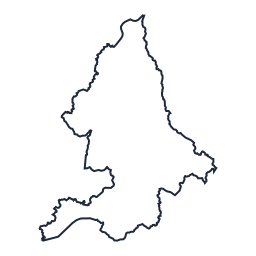 outline of Peixe, Tocantins, Brazil
{"feature_id": "56859067B6869942265755", "entity_name": "Peixe", "entity_type": "district", "adm_level": 2, "iso_a3": "BRA", "parent_name": "Brazil", "parent_adm1": "Tocantins", "projection": "albers", "projection_center": [-48.57, -11.931], "detail": "fine", "context": "isolated", "style": "outline", "palette": "slate", "viewbox_px": 256, "rotation_deg": 0, "n_neighbors": 0, "source": "geoboundaries", "source_scale": "gbopen_adm2", "svg_char_len": 5781}
<svg xmlns="http://www.w3.org/2000/svg" viewBox="0 0 256 256"><path d="M124.9,21.9L122.8,23.7L120.9,26.7L121.1,29.0L122.7,33.3L122.5,35.7L121.3,38.1L116.3,44.4L114.0,46.9L113.3,46.9L112.7,46.3L111.5,46.6L111.7,45.9L110.3,46.4L109.5,45.7L108.7,44.0L107.3,44.0L107.3,45.9L106.9,46.5L104.0,47.1L104.2,47.9L103.6,49.5L102.5,49.7L101.0,51.3L101.2,52.2L100.5,52.4L100.3,53.2L97.8,54.5L97.2,55.2L98.1,56.2L98.2,57.0L97.8,57.8L96.1,58.8L96.4,60.1L97.1,60.0L97.3,62.1L96.8,63.6L97.0,64.1L95.6,65.6L94.8,70.6L94.9,71.2L95.8,71.2L96.8,72.7L97.8,73.1L97.9,73.9L97.2,74.4L95.8,74.1L94.8,75.0L93.8,76.9L93.9,78.3L94.5,78.8L92.6,79.9L93.0,81.4L92.6,82.0L90.0,83.2L89.7,84.8L90.2,85.3L90.3,86.5L89.9,87.3L88.6,88.0L88.8,89.1L88.2,89.3L87.3,90.8L86.6,90.9L85.5,90.2L83.3,89.5L78.6,91.1L78.0,92.6L76.7,93.2L77.1,93.7L76.8,95.3L75.2,96.5L73.9,96.4L72.5,98.7L72.5,102.6L73.2,103.0L73.6,104.3L73.3,105.2L72.7,105.8L73.4,107.3L73.1,108.2L73.7,108.8L73.2,109.2L71.7,109.5L71.6,110.4L72.1,111.3L71.4,112.3L71.4,113.1L69.6,113.1L68.9,112.2L68.3,112.0L68.1,112.6L67.4,112.8L67.1,112.1L65.9,112.3L65.4,112.0L61.9,115.7L61.8,116.5L61.8,117.3L63.6,118.0L64.4,121.0L65.8,121.8L69.2,127.2L70.8,128.5L72.4,128.8L74.2,132.2L74.5,134.1L77.1,134.5L78.1,135.7L80.0,136.5L82.4,135.7L85.1,135.6L86.8,134.5L87.5,133.2L88.9,132.3L89.6,130.8L90.5,130.4L91.2,130.6L89.8,135.3L88.0,136.5L87.4,137.6L88.8,140.0L89.0,141.5L88.6,144.2L87.7,145.6L87.9,147.0L87.6,148.9L86.5,152.0L87.1,153.5L87.0,154.5L86.6,155.1L85.9,155.2L84.7,168.5L87.5,168.2L89.5,167.2L90.1,167.4L91.6,169.5L94.0,171.1L98.2,170.1L99.0,170.0L101.0,170.8L104.0,170.2L106.4,168.2L106.4,167.5L107.1,167.0L108.9,169.3L110.9,170.0L110.3,172.2L110.9,175.0L111.9,175.7L112.6,175.7L113.7,177.0L112.1,180.3L114.0,184.1L113.6,185.7L111.0,187.9L107.0,187.9L105.5,187.6L103.5,188.7L103.0,189.7L102.9,191.4L102.6,191.9L96.7,197.0L95.8,196.9L94.5,196.0L93.1,196.0L92.7,196.6L91.5,197.1L90.1,199.0L90.1,200.5L90.8,202.1L90.5,203.0L88.8,203.7L88.4,204.2L88.6,205.0L87.6,205.3L83.2,204.5L83.0,204.0L84.6,202.1L84.2,201.0L83.5,201.2L83.3,202.1L82.3,202.9L80.8,203.4L80.5,202.6L76.8,201.9L75.7,199.3L75.1,199.0L74.5,199.3L73.6,200.5L72.7,199.2L72.0,199.3L69.5,197.8L68.8,197.8L68.6,198.7L66.3,200.3L64.5,199.0L62.8,199.7L61.6,199.6L60.8,200.0L59.5,199.7L58.8,200.3L59.3,201.6L59.1,202.3L59.5,203.7L60.5,205.0L60.4,206.1L58.9,207.7L57.5,207.8L55.8,207.0L54.1,208.7L56.3,210.4L56.6,211.1L56.5,211.9L55.2,212.3L53.9,214.0L52.8,214.6L54.9,215.9L55.5,217.6L54.9,220.5L53.7,221.2L51.8,221.1L50.6,223.2L50.0,223.5L49.2,223.7L48.6,222.7L47.8,222.7L47.3,224.6L46.1,225.7L45.1,225.9L44.5,225.5L40.6,226.3L39.7,228.5L39.9,229.1L41.1,229.3L42.1,230.0L42.3,230.7L42.0,232.3L43.0,233.0L42.6,234.5L43.1,235.9L44.4,236.7L44.8,237.6L43.3,238.2L42.6,237.9L42.2,238.6L43.6,239.5L42.5,240.1L43.2,240.6L58.2,236.7L72.3,223.2L76.7,220.0L80.8,218.5L90.3,218.3L95.5,220.0L97.3,219.7L97.9,221.0L99.3,221.5L100.8,223.0L103.1,222.6L103.2,224.4L102.1,225.8L101.8,227.2L100.4,229.7L100.4,230.3L102.5,231.9L105.1,232.4L105.8,232.9L106.7,234.1L108.5,235.1L109.1,236.9L113.1,238.7L114.3,240.4L117.3,240.6L120.1,239.5L123.3,239.3L125.0,237.7L126.3,233.3L127.6,232.5L129.4,232.6L130.8,231.8L133.2,231.8L134.1,231.0L134.3,230.0L135.5,229.1L135.8,228.4L137.7,227.4L137.8,225.7L142.5,224.1L144.7,226.1L145.5,226.3L147.4,227.9L148.8,228.6L150.2,227.6L150.6,226.3L152.0,226.2L152.8,225.0L154.4,224.9L154.8,225.5L155.4,225.6L156.6,225.1L157.0,224.3L156.7,223.6L156.9,222.8L157.7,222.7L158.7,221.6L158.6,220.9L159.6,219.1L159.4,218.4L158.6,218.1L158.2,217.4L158.9,216.2L160.5,215.8L160.2,215.2L160.9,212.6L160.5,211.1L159.9,210.9L159.4,209.4L159.4,207.7L158.9,206.0L159.4,205.4L158.5,203.6L160.3,203.0L160.6,202.3L159.2,201.0L159.6,199.6L159.4,197.9L158.1,197.0L157.4,195.3L158.9,194.2L159.3,193.4L158.7,191.8L159.9,190.4L159.5,189.0L161.1,188.5L163.2,188.8L164.8,190.1L167.2,191.4L170.5,192.1L175.0,195.2L179.6,190.6L180.9,186.4L180.7,185.8L179.7,184.7L179.8,183.3L181.2,182.8L182.5,183.2L183.1,182.7L184.5,179.4L184.3,177.6L185.2,176.1L186.4,176.6L188.9,176.1L190.0,175.0L192.5,173.8L193.4,175.2L194.8,175.4L197.1,176.6L198.0,178.3L202.3,178.2L202.7,179.8L203.7,181.4L204.4,181.7L204.9,183.0L206.5,181.0L206.4,179.5L205.6,178.5L205.6,177.7L206.7,175.4L206.3,173.9L207.0,172.8L208.2,172.0L209.1,171.9L211.1,170.3L212.0,168.9L213.4,168.9L213.9,169.4L214.0,171.5L216.3,168.0L215.1,167.2L214.0,165.7L212.7,164.9L212.4,163.9L213.4,162.0L213.4,159.1L211.8,158.7L209.8,157.1L208.1,156.3L207.3,155.7L207.7,155.1L207.3,154.7L205.3,154.6L204.9,152.9L202.9,151.5L202.4,151.4L201.2,152.9L200.7,154.7L200.1,154.9L199.6,154.5L198.8,154.7L197.2,153.3L196.4,153.7L195.1,153.2L194.0,150.7L195.4,148.5L195.3,147.6L194.9,146.6L193.3,144.8L194.1,142.8L191.1,140.2L185.4,137.5L181.5,134.2L180.7,133.0L179.3,133.4L177.6,132.4L177.0,131.7L176.9,130.7L175.8,129.7L173.7,129.4L170.8,126.3L170.0,124.4L169.3,123.9L169.7,123.4L169.5,121.1L168.4,119.8L168.1,118.8L168.4,117.5L168.1,116.2L169.5,113.4L170.3,113.1L168.6,111.0L166.3,111.0L165.6,109.8L165.4,109.0L165.9,107.7L164.9,105.7L164.8,101.4L164.0,99.4L163.3,99.3L162.8,97.0L162.1,95.8L162.0,92.3L162.4,91.5L162.3,89.6L162.8,89.0L162.9,87.4L162.3,85.9L162.4,84.6L161.4,83.4L162.6,78.2L162.5,75.7L161.6,74.6L161.2,71.1L159.9,70.3L159.1,70.3L158.4,69.1L157.1,69.3L156.5,69.0L156.4,67.9L157.1,66.4L155.7,64.1L155.8,62.1L154.9,60.5L154.0,60.6L152.9,60.1L152.6,59.6L152.8,58.2L150.0,55.9L149.3,55.9L148.4,54.0L148.4,52.4L147.2,50.5L146.4,48.4L145.8,48.0L146.0,45.8L146.8,44.2L146.3,42.7L146.6,42.2L144.5,40.1L144.4,39.3L143.5,38.3L143.7,37.7L144.4,37.2L145.9,33.6L145.0,31.5L145.5,30.0L145.3,28.6L144.8,27.7L143.1,26.6L142.4,24.5L142.5,21.9L142.1,21.4L144.1,15.7L143.3,15.8L142.8,15.4L138.3,19.8L135.8,21.0L133.1,20.7L130.2,19.4L124.9,21.9Z" fill="none" stroke="#1e293b" stroke-width="2"/></svg>